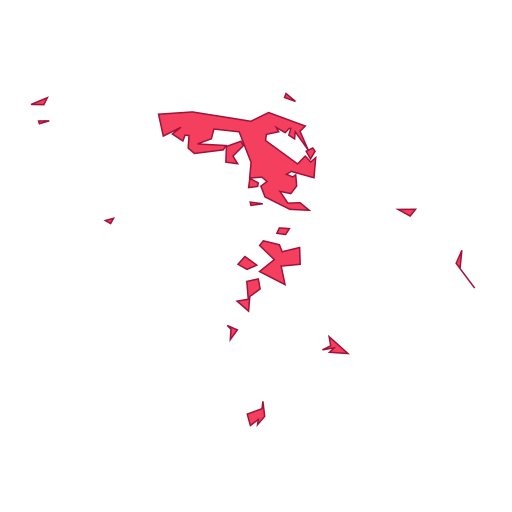 Dahlak, Semenawi Keyih Bahri, Eritrea (Mercator projection), rotated 177°
{"feature_id": "51966322B75113483561318", "entity_name": "Dahlak", "entity_type": "district", "adm_level": 2, "iso_a3": "ERI", "parent_name": "Eritrea", "parent_adm1": "Semenawi Keyih Bahri", "projection": "mercator", "projection_center": [40.14, 15.965], "detail": "medium", "context": "isolated", "style": "filled", "palette": "rose", "viewbox_px": 512, "rotation_deg": 177, "n_neighbors": 0, "source": "geoboundaries", "source_scale": "gbopen_adm2", "svg_char_len": 1964}
<svg xmlns="http://www.w3.org/2000/svg" viewBox="0 0 512 512"><g transform="rotate(177 256 256)"><path d="M209.7,345.8L240.4,370.8L239.3,376.9L226.8,378.9L229.0,383.3L220.4,377.6L216.4,381.5L214.5,381.7L216.9,374.9L211.3,370.9L210.3,378.0L198.3,359.0L205.5,378.3L200.0,383.2L235.9,398.6L254.1,390.8L311.9,403.2L345.9,402.7L342.3,380.6L324.2,388.5L333.2,382.2L323.0,374.7L320.5,380.4L316.6,379.8L318.1,367.3L312.1,361.6L283.0,363.7L280.2,367.9L308.6,371.0L294.4,375.4L291.4,385.0L266.3,380.9L256.0,349.7L258.3,334.2L245.9,334.4L241.1,329.8L247.5,325.5L243.9,314.5L219.7,300.8L200.5,298.9L209.2,306.9L221.4,307.1L228.7,319.3L217.9,316.5L211.7,323.8L212.1,335.0L215.1,333.0L221.3,336.0L216.3,338.6L194.0,331.1L191.2,351.1L196.4,347.0L201.6,353.2L209.7,345.8ZM253.3,240.3L228.5,225.9L231.4,244.6L212.3,245.4L212.0,262.2L229.7,258.9L232.0,266.0L247.9,270.8L251.8,266.3L237.9,251.4L253.3,240.3ZM277.3,211.9L266.3,201.3L264.3,215.9L253.6,222.9L254.9,233.0L266.5,231.1L266.0,213.2L277.3,211.9ZM281.2,351.3L269.5,349.1L273.8,357.0L262.8,366.9L265.0,371.4L279.8,366.9L281.2,351.3ZM263.3,87.5L255.7,95.4L256.7,110.5L258.0,103.2L273.0,98.6L270.5,87.0L262.2,92.7L263.3,87.5ZM187.6,156.0L169.3,153.8L187.2,171.6L186.1,162.4L194.6,158.8L182.8,160.2L187.6,156.0ZM56.5,238.2L39.3,212.5L52.9,232.8L50.1,250.9L56.5,238.2ZM265.7,243.1L255.7,246.8L267.1,256.1L274.4,248.7L265.7,243.1ZM111.7,295.1L100.0,287.8L94.2,294.3L111.7,295.1ZM472.7,419.1L460.0,418.2L456.1,425.0L472.7,419.1ZM286.0,173.9L278.5,183.2L288.3,188.1L284.8,184.2L286.0,173.9ZM259.8,324.7L250.7,325.4L249.9,328.9L258.1,333.8L259.8,324.7ZM234.0,277.6L225.3,275.9L221.2,281.6L231.2,282.8L234.0,277.6ZM258.4,306.8L246.5,307.8L259.0,310.1L258.4,306.8ZM396.3,301.1L404.6,299.3L399.5,296.0L396.3,301.1ZM219.2,412.8L208.5,408.3L217.5,416.7L219.2,412.8ZM196.5,350.1L191.5,357.5L193.7,360.9L200.4,358.0L196.5,350.1ZM465.4,399.4L455.4,401.8L466.0,402.2L465.4,399.4Z" fill="#f43f5e" stroke="#9f1239" stroke-width="1.5"/></g></svg>